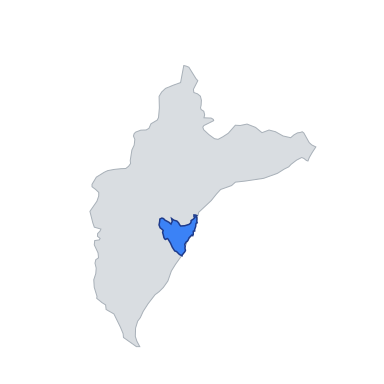 Ungheni highlighted on a map of Moldova, rotated 245°
{"feature_id": "MDA-1623", "entity_name": "Ungheni", "entity_type": "District", "adm_level": 1, "iso_a3": "MDA", "parent_name": "Moldova", "parent_adm1": "", "projection": "equal_earth", "projection_center": [27.914, 47.242], "detail": "fine", "context": "in_parent", "style": "filled", "palette": "blue", "viewbox_px": 384, "rotation_deg": 245, "n_neighbors": 0, "source": "natural_earth", "source_scale": "10m", "svg_char_len": 2945}
<svg xmlns="http://www.w3.org/2000/svg" viewBox="0 0 384 384"><g transform="rotate(245 192 192)"><path d="M73.9,79.3L75.3,76.3L89.1,68.4L92.7,69.7L99.9,70.0L114.5,69.7L121.8,64.5L126.2,66.0L129.9,63.6L135.9,60.7L136.8,61.3L137.6,61.8L146.9,63.1L154.0,65.9L158.7,70.3L163.5,73.0L168.5,74.0L171.3,76.2L171.9,79.5L176.5,81.1L185.4,81.1L189.1,83.3L187.8,87.7L188.7,89.1L191.8,87.6L194.2,88.9L195.5,92.2L196.9,93.8L201.4,88.6L206.1,89.1L217.6,91.3L223.8,101.9L227.7,105.7L231.0,107.3L235.3,105.6L239.0,103.6L241.2,104.6L245.9,111.6L247.0,120.8L247.0,124.6L245.4,130.9L243.1,137.6L241.3,141.9L242.1,145.4L243.8,148.4L246.6,149.3L255.5,155.3L258.9,159.4L263.8,162.4L267.5,162.6L269.4,164.3L270.1,166.4L269.7,171.7L267.6,176.7L267.9,179.9L271.2,183.7L271.6,188.1L271.9,190.9L273.6,193.1L281.9,197.9L292.6,202.6L295.4,206.7L297.1,211.8L296.7,220.4L296.0,227.9L310.1,238.0L308.6,239.9L306.4,241.9L293.1,243.5L290.4,244.3L284.5,236.7L281.4,235.7L278.6,238.5L275.3,240.1L271.2,239.3L266.9,237.0L264.7,235.3L262.9,235.1L260.2,236.8L256.6,236.1L254.2,234.2L250.9,240.6L248.8,242.0L247.5,241.8L247.2,230.8L246.2,229.2L243.5,228.9L237.0,231.5L230.8,234.9L228.7,237.9L229.0,243.3L229.9,249.7L234.2,259.5L231.9,263.8L230.3,270.6L223.7,276.9L216.2,280.5L215.6,288.0L211.4,293.1L204.3,298.2L199.5,304.4L200.7,308.6L201.0,312.6L200.2,315.3L200.0,317.4L198.2,318.3L187.2,319.1L184.1,320.4L180.5,323.3L177.1,317.8L173.7,312.9L171.1,310.2L172.2,309.0L175.0,307.7L176.9,306.0L176.7,300.2L175.2,293.5L173.9,290.3L173.8,285.3L172.8,277.4L174.1,262.8L179.5,244.6L182.6,235.5L181.1,230.6L182.2,219.0L179.8,213.3L176.1,205.8L170.8,189.6L164.3,184.0L156.2,177.9L152.7,173.2L150.4,168.1L145.6,163.0L140.1,158.3L133.5,146.6L130.1,141.4L129.1,139.9L121.5,132.5L117.6,125.7L115.6,120.2L114.5,115.1L109.3,105.0L104.5,97.4L100.0,92.1L97.9,88.2L92.6,83.4L85.1,79.6L80.2,79.0L73.9,79.3Z" fill="#d9dde1" stroke="#a8b0b8" stroke-width="1"/><path d="M166.6,185.5L165.1,184.9L163.5,184.0L161.9,183.7L161.9,182.5L161.0,181.8L159.1,180.7L157.1,178.7L156.4,178.3L155.8,178.1L155.5,177.9L155.9,177.2L155.9,176.6L153.0,175.2L152.2,174.3L152.9,174.1L153.1,173.7L152.9,173.2L152.7,172.5L152.6,172.4L151.8,170.1L150.1,168.2L149.4,167.1L149.4,166.0L148.1,163.9L147.4,163.2L145.7,162.9L145.2,162.6L144.7,162.2L143.9,161.8L142.1,161.5L141.6,161.2L140.7,159.9L139.1,156.5L138.4,156.0L138.9,155.6L140.7,154.2L144.6,152.8L145.9,151.4L150.3,150.8L154.8,150.9L159.5,150.4L160.3,149.9L160.2,147.9L161.1,147.4L162.7,147.3L164.4,147.7L167.9,148.3L169.2,149.6L170.4,149.3L173.0,148.0L176.1,148.2L178.6,150.0L181.1,151.5L181.1,153.7L179.9,155.0L178.1,155.5L174.3,158.3L171.8,159.4L173.8,161.7L176.6,162.3L174.2,163.6L172.1,166.0L169.8,166.8L167.9,166.9L166.0,167.3L164.5,171.2L163.9,175.7L164.4,177.6L165.5,178.7L166.0,178.8L166.5,179.1L166.7,180.2L166.8,181.4L167.4,183.3L169.2,183.5L170.4,184.1L169.5,185.6L168.6,186.4L167.9,184.9L166.6,185.5Z" fill="#3b82f6" stroke="#1e3a8a" stroke-width="1.5"/></g></svg>